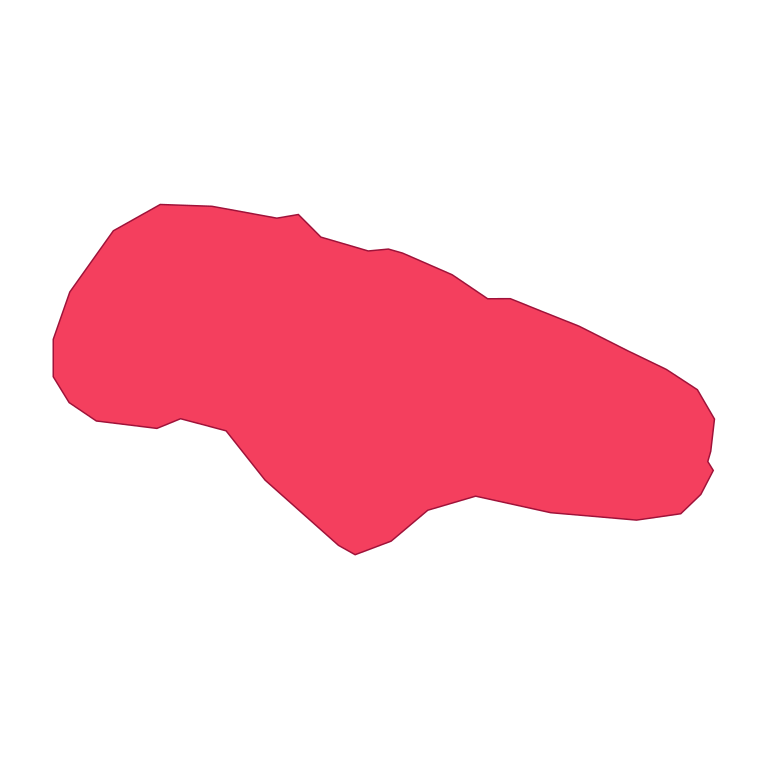 Eauripik, Federated States of Micronesia (Equal Earth projection), rotated 182°
{"feature_id": "79324940B30651235990726", "entity_name": "Eauripik", "entity_type": "district", "adm_level": 2, "iso_a3": "FSM", "parent_name": "Federated States of Micronesia", "parent_adm1": "", "projection": "equal_earth", "projection_center": [143.077, 6.683], "detail": "fine", "context": "isolated", "style": "filled", "palette": "rose", "viewbox_px": 768, "rotation_deg": 182, "n_neighbors": 0, "source": "geoboundaries", "source_scale": "gbopen_adm2", "svg_char_len": 643}
<svg xmlns="http://www.w3.org/2000/svg" viewBox="0 0 768 768"><g transform="rotate(182 384 384)"><path d="M82.9,264.7L63.5,284.7L51.9,309.1L57.7,317.8L55.1,328.2L52.5,360.5L70.6,389.2L102.3,408.4L141.8,425.8L190.9,448.5L229.7,462.4L260.8,473.7L283.4,472.8L319.6,495.5L370.1,515.5L384.3,519.0L404.4,516.4L452.2,528.6L475.5,550.4L496.9,546.0L562.2,555.6L613.9,555.6L659.8,527.7L701.2,465.0L716.1,417.1L714.8,379.7L698.0,354.4L670.2,337.0L609.4,331.7L586.1,342.2L540.2,331.7L499.5,283.8L423.8,221.1L406.9,212.4L371.4,227.2L335.8,259.4L288.6,275.1L212.9,261.2L126.9,256.8L82.9,264.7Z" fill="#f43f5e" stroke="#9f1239" stroke-width="1.5"/></g></svg>